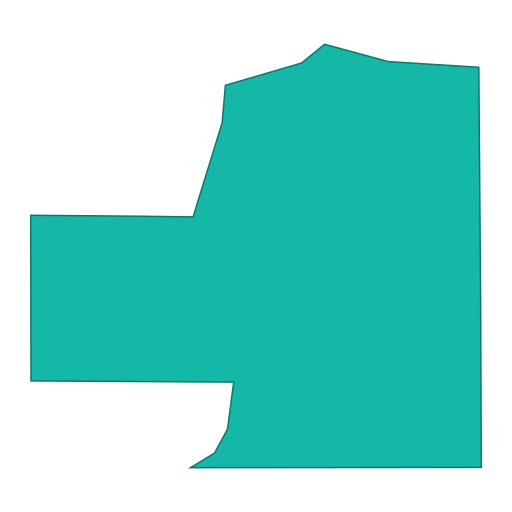 Putnam, Illinois, United States of America (Equal Earth projection)
{"feature_id": "52423323B60390957293359", "entity_name": "Putnam", "entity_type": "district", "adm_level": 2, "iso_a3": "USA", "parent_name": "United States of America", "parent_adm1": "Illinois", "projection": "equal_earth", "projection_center": [-89.303, 41.213], "detail": "fine", "context": "isolated", "style": "filled", "palette": "teal", "viewbox_px": 512, "rotation_deg": 0, "n_neighbors": 0, "source": "geoboundaries", "source_scale": "gbopen_adm2", "svg_char_len": 328}
<svg xmlns="http://www.w3.org/2000/svg" viewBox="0 0 512 512"><path d="M478.8,67.3L388.3,61.6L324.5,44.3L301.6,63.0L225.4,85.3L222.2,122.6L193.1,216.9L138.0,216.2L30.7,215.3L31.0,380.9L233.7,382.1L227.5,429.2L214.5,453.1L190.5,467.7L481.3,467.4L480.6,295.9L478.8,67.3Z" fill="#14b8a6" stroke="#0f766e" stroke-width="1.5"/></svg>